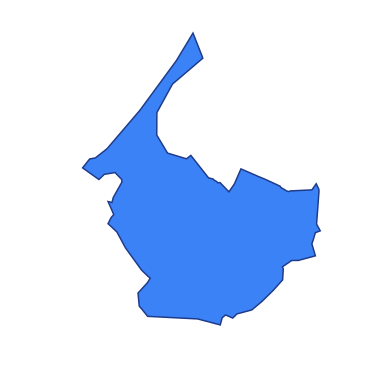 outline of Queens, New York, United States of America, rotated 146°
{"feature_id": "52423323B86897144494159", "entity_name": "Queens", "entity_type": "district", "adm_level": 2, "iso_a3": "USA", "parent_name": "United States of America", "parent_adm1": "New York", "projection": "robinson", "projection_center": [-73.836, 40.674], "detail": "fine", "context": "isolated", "style": "filled", "palette": "blue", "viewbox_px": 384, "rotation_deg": 146, "n_neighbors": 0, "source": "geoboundaries", "source_scale": "gbopen_adm2", "svg_char_len": 1094}
<svg xmlns="http://www.w3.org/2000/svg" viewBox="0 0 384 384"><g transform="rotate(146 192 192)"><path d="M125.4,70.1L121.6,82.0L118.4,84.4L112.5,89.3L107.4,88.1L106.7,95.7L86.3,121.6L85.3,123.4L84.4,129.4L91.4,126.7L109.5,137.7L111.7,138.4L112.8,139.7L115.8,146.1L115.7,147.6L116.7,149.1L117.0,149.7L124.1,161.4L128.4,167.9L138.5,183.8L152.3,175.0L161.3,171.5L163.5,184.2L165.3,185.0L165.7,186.8L167.0,189.5L167.3,191.1L170.4,194.5L172.5,223.0L178.0,222.6L190.5,237.9L189.4,258.9L176.7,277.5L147.8,292.4L108.2,296.9L107.6,299.3L102.3,323.2L131.4,309.7L189.4,288.9L238.2,275.4L253.0,274.3L258.4,276.6L269.2,273.2L262.2,254.4L254.8,255.7L244.9,251.1L243.3,241.8L244.4,239.5L260.3,231.5L264.2,228.1L266.9,231.0L269.5,217.0L273.2,216.1L279.3,212.7L276.6,200.8L278.4,182.9L277.5,155.4L275.7,147.0L274.8,144.0L279.4,141.8L293.3,138.4L299.6,126.8L299.1,123.0L298.3,113.7L258.4,83.7L242.9,66.0L237.3,70.9L232.9,71.3L228.7,64.7L222.9,65.8L208.4,60.8L195.0,62.2L179.4,65.1L166.0,68.5L159.4,77.1L158.9,79.4L147.7,79.5L142.1,75.8L125.4,70.1Z" fill="#3b82f6" stroke="#1e3a8a" stroke-width="1.5"/></g></svg>